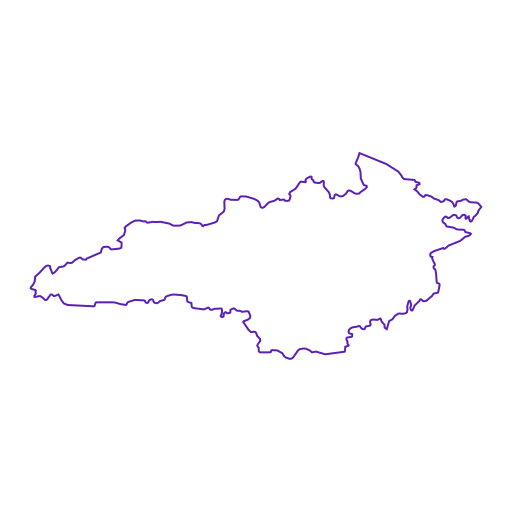 outline of Kirovohrad
{"feature_id": "UKR-320", "entity_name": "Kirovohrad", "entity_type": "Region", "adm_level": 1, "iso_a3": "UKR", "parent_name": "Ukraine", "parent_adm1": "", "projection": "robinson", "projection_center": [32.137, 48.505], "detail": "fine", "context": "isolated", "style": "outline", "palette": "violet", "viewbox_px": 512, "rotation_deg": 0, "n_neighbors": 0, "source": "natural_earth", "source_scale": "10m", "svg_char_len": 6074}
<svg xmlns="http://www.w3.org/2000/svg" viewBox="0 0 512 512"><path d="M359.5,153.1L386.3,164.0L398.3,171.6L400.9,174.9L402.9,178.1L404.2,179.1L414.2,179.9L414.7,180.1L415.5,181.8L419.0,182.7L419.5,183.3L419.5,184.3L416.6,185.2L416.5,187.5L416.0,188.3L414.5,189.3L417.1,191.3L419.8,194.5L423.1,196.9L424.4,196.5L425.5,195.0L428.0,195.4L431.4,196.6L434.1,198.6L438.8,200.2L440.7,201.9L441.3,202.0L443.8,201.1L444.9,199.4L446.5,199.2L450.5,200.9L452.4,202.4L453.6,204.4L454.3,206.5L454.8,206.5L455.9,205.4L456.5,202.4L457.1,201.5L460.8,200.8L461.8,200.5L462.7,199.7L466.1,199.2L469.2,201.8L471.1,202.3L476.6,202.6L478.3,203.4L481.3,206.9L478.6,210.4L477.6,213.2L474.8,216.3L473.9,216.7L472.1,220.6L471.3,221.4L470.6,221.5L469.7,221.0L469.7,219.7L469.1,218.8L468.7,216.4L467.8,216.9L466.6,218.6L465.8,218.7L465.4,217.9L465.7,215.7L464.9,215.1L463.6,214.8L462.5,215.1L460.1,217.7L458.7,218.3L457.2,217.6L456.3,215.5L454.6,214.9L453.3,215.0L449.1,218.0L447.8,218.0L446.4,216.7L445.3,216.6L444.0,217.6L442.5,219.7L442.4,220.5L442.8,221.9L443.4,222.6L445.2,223.8L446.2,225.9L446.9,226.5L453.5,227.6L456.9,229.4L463.9,229.8L464.6,230.4L465.4,232.1L470.2,233.2L470.9,233.8L470.1,234.9L468.7,235.8L465.1,236.8L460.4,240.8L448.5,245.6L445.1,248.6L443.9,248.8L443.3,248.0L434.1,251.1L430.6,253.2L430.2,254.9L430.4,256.1L430.8,256.7L432.4,256.9L432.3,258.8L432.6,259.7L434.9,264.3L434.7,265.2L433.6,266.3L433.5,267.1L433.9,268.6L435.2,269.3L435.4,269.7L436.1,274.0L436.7,282.3L437.1,282.9L438.8,283.5L439.5,284.2L439.6,285.2L438.2,292.2L437.7,292.7L433.6,293.6L432.1,295.9L426.3,300.8L424.3,301.2L423.1,301.1L421.4,299.5L420.4,299.3L419.0,301.4L414.7,305.4L412.7,310.0L411.9,310.6L410.9,310.0L410.4,308.2L410.3,307.2L411.2,305.2L410.3,301.5L409.8,300.8L409.0,300.9L408.6,301.4L407.2,306.5L407.5,309.6L406.9,312.3L405.7,313.2L403.1,313.8L399.0,313.5L398.3,313.7L394.9,315.8L392.4,319.3L389.1,321.1L386.8,329.1L384.6,327.6L384.5,324.7L382.1,322.2L381.4,321.0L380.9,319.2L380.3,318.5L377.4,319.9L372.8,319.5L370.8,320.2L370.0,321.6L370.6,324.6L370.3,325.4L369.5,325.8L366.1,326.4L365.7,326.7L364.5,329.1L363.2,329.2L362.0,328.7L361.0,327.8L359.9,326.3L358.9,326.0L356.8,326.7L352.3,327.4L350.1,328.6L348.8,330.2L348.6,332.3L349.3,333.4L352.1,334.1L352.2,336.1L351.7,336.8L347.2,337.5L346.5,338.1L346.4,339.5L347.5,341.5L347.4,343.7L348.6,345.1L348.6,345.5L348.0,346.0L345.3,346.7L345.0,350.9L344.6,351.7L325.3,354.3L316.0,351.6L311.9,352.3L310.0,350.6L305.9,348.7L304.1,348.5L300.1,349.0L298.1,350.3L293.1,357.5L291.9,358.4L289.8,358.9L285.6,357.4L284.2,356.2L282.2,353.1L277.1,350.4L272.1,350.1L271.3,350.5L270.8,352.0L269.9,352.3L259.9,352.3L258.8,351.3L258.7,347.9L257.6,346.4L257.3,345.5L257.9,344.1L260.3,340.8L260.0,338.9L257.1,335.8L256.4,333.5L255.4,332.0L254.2,331.7L251.0,332.1L249.7,331.0L248.3,329.5L243.2,321.9L243.6,321.3L247.9,319.6L249.8,318.2L250.3,316.5L250.2,315.5L248.6,311.6L247.1,311.2L242.2,311.8L239.8,310.8L237.6,310.8L236.6,310.4L234.5,308.7L233.4,308.4L230.6,309.7L230.3,310.7L230.4,312.1L229.9,312.9L227.2,313.3L225.9,312.3L225.3,312.2L224.4,312.8L223.8,313.9L223.5,316.6L222.0,317.1L220.8,316.4L220.7,315.9L221.8,313.4L222.1,310.6L221.8,309.1L221.2,308.5L214.7,308.8L211.5,309.9L210.0,309.4L208.8,307.7L208.3,307.6L203.9,309.4L193.8,308.1L192.4,307.5L191.7,306.7L191.4,303.0L188.4,302.1L187.3,301.3L186.8,296.7L186.6,296.3L185.0,295.8L181.4,295.1L173.6,294.5L171.3,294.8L167.6,295.9L166.1,296.6L165.3,297.4L164.8,299.1L164.2,299.9L160.0,301.1L157.8,302.9L156.6,303.2L154.4,302.7L153.8,302.2L153.2,300.2L152.5,299.6L151.4,299.3L149.6,300.0L148.8,300.8L148.1,302.6L147.0,303.0L145.9,302.6L145.4,302.1L144.9,300.7L144.0,300.4L134.9,299.9L128.4,301.9L127.5,302.5L126.4,304.7L125.7,304.9L120.4,304.1L115.7,302.7L113.0,302.3L96.3,302.3L95.6,302.8L94.4,306.1L93.5,306.3L67.7,305.0L63.9,303.5L61.8,300.8L58.5,294.5L54.4,296.1L53.8,296.0L51.8,294.5L50.6,294.5L47.1,299.4L46.0,300.1L45.0,299.9L42.5,297.5L40.0,296.0L34.5,297.0L34.3,295.9L35.8,293.5L35.5,291.8L35.8,290.5L35.1,289.9L31.9,289.1L30.7,288.3L30.8,287.5L33.2,284.5L34.7,281.5L35.2,276.6L39.6,272.7L44.6,267.2L46.6,265.8L48.1,265.6L49.7,265.9L50.2,266.4L50.2,268.5L51.0,269.6L51.9,272.4L52.6,273.5L54.6,272.4L56.9,269.9L58.9,267.2L63.3,266.5L64.7,265.7L67.4,262.7L70.9,263.0L72.2,262.6L75.0,260.1L79.2,257.7L80.7,257.7L83.0,259.5L85.9,259.7L86.7,258.6L100.8,252.5L101.7,249.1L102.8,247.5L103.4,247.1L106.5,246.7L108.5,247.0L109.4,247.5L110.5,249.0L111.5,249.4L119.4,248.6L121.2,247.8L121.6,245.6L121.5,242.5L117.7,240.4L119.1,238.7L124.0,234.9L125.3,230.3L125.1,229.0L124.6,228.2L124.9,227.5L125.8,226.4L131.6,222.3L135.2,220.6L140.0,220.5L143.3,221.4L145.6,221.3L147.0,222.5L147.9,222.7L153.0,221.8L155.2,222.1L160.6,221.8L169.4,223.6L173.1,225.6L174.5,225.7L179.7,225.6L181.4,225.1L186.6,222.5L191.3,222.1L195.0,223.0L198.8,223.1L200.5,223.6L201.4,224.4L202.5,226.0L203.0,226.2L204.5,225.0L206.7,224.9L214.8,222.5L217.0,221.2L219.0,215.4L222.9,212.3L224.0,211.1L224.6,208.7L224.3,201.7L224.9,199.9L225.9,199.0L227.7,198.8L231.0,199.8L237.4,199.9L238.4,199.6L240.1,196.9L240.9,196.4L246.1,196.5L254.5,199.0L257.8,200.9L259.2,202.5L260.7,207.0L261.4,207.5L262.7,207.8L264.3,207.0L268.3,202.8L269.8,202.0L274.6,200.7L277.7,198.5L279.2,199.0L279.7,200.0L283.5,199.6L284.2,199.7L284.6,200.5L285.2,200.8L287.9,200.9L288.8,200.6L289.6,199.6L290.5,196.3L290.3,195.3L289.2,194.0L290.2,192.0L295.6,188.7L299.6,182.7L300.8,181.6L305.5,182.2L305.9,181.5L305.5,180.1L305.9,179.2L307.2,178.1L310.5,176.5L311.5,176.8L311.7,179.2L313.4,180.4L313.7,181.8L314.5,182.5L318.8,183.1L320.1,182.7L322.4,181.0L323.5,181.1L323.8,182.0L323.7,185.8L324.6,187.4L329.0,192.4L329.8,194.6L330.1,197.6L330.7,198.3L333.0,198.5L333.7,198.3L334.1,197.8L334.6,195.2L335.9,194.4L336.5,194.5L339.4,196.1L341.6,196.4L343.1,196.0L346.0,193.6L347.6,191.1L349.0,190.4L350.8,190.9L354.8,193.4L356.5,193.8L359.0,193.6L360.8,191.9L365.7,188.5L366.7,187.3L366.8,186.2L366.6,185.8L364.2,185.2L363.5,184.6L360.8,178.4L360.5,172.0L359.6,168.8L358.3,166.3L355.7,164.1L355.7,163.1L358.3,157.0L359.5,153.1Z" fill="none" stroke="#5b21b6" stroke-width="2"/></svg>